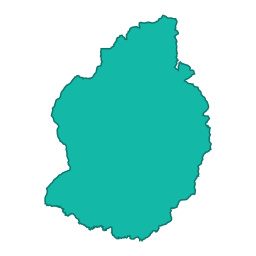 Retiro, Antioquia, Colombia
{"feature_id": "7082276B46774973153529", "entity_name": "Retiro", "entity_type": "district", "adm_level": 2, "iso_a3": "COL", "parent_name": "Colombia", "parent_adm1": "Antioquia", "projection": "orthographic", "projection_center": [-75.514, 6.06], "detail": "fine", "context": "isolated", "style": "filled", "palette": "teal", "viewbox_px": 256, "rotation_deg": 0, "n_neighbors": 0, "source": "geoboundaries", "source_scale": "gbopen_adm2", "svg_char_len": 5776}
<svg xmlns="http://www.w3.org/2000/svg" viewBox="0 0 256 256"><path d="M79.8,223.8L80.6,223.2L82.0,224.3L83.4,224.4L83.9,225.0L84.7,224.8L85.4,226.2L86.7,226.5L87.0,227.4L88.9,227.2L89.3,227.6L88.9,228.9L89.5,229.1L90.2,229.9L91.0,229.4L91.2,228.0L91.9,227.9L92.6,229.0L93.4,228.5L93.6,227.7L94.5,227.7L94.5,227.3L93.8,226.6L94.1,226.3L95.8,226.9L96.8,226.4L96.9,227.2L97.3,227.3L98.9,226.7L99.6,226.8L100.1,225.9L100.5,226.1L101.5,225.6L102.0,226.6L102.8,226.7L102.0,227.3L103.1,228.5L102.9,229.8L103.7,229.9L104.1,230.5L105.0,229.8L105.4,230.4L106.2,230.2L106.4,229.8L105.9,229.1L106.1,228.8L107.3,228.3L107.9,228.5L110.6,226.8L111.8,227.7L112.0,230.3L111.7,231.1L112.1,231.9L111.6,232.7L112.1,232.8L112.6,235.0L112.9,235.3L113.7,235.3L114.5,236.8L115.7,237.8L116.8,238.1L116.9,238.6L118.7,238.6L118.4,237.7L118.7,237.2L119.8,237.8L120.6,237.8L121.2,238.4L122.7,237.6L124.2,237.8L124.7,236.9L126.5,237.9L127.2,237.5L127.6,236.1L129.8,236.0L129.6,236.5L130.0,236.7L130.0,238.0L131.1,238.9L133.9,239.0L135.5,237.6L138.0,236.9L138.6,237.9L139.8,238.6L139.8,240.2L140.2,239.8L140.6,239.9L141.7,240.1L142.0,240.6L142.2,240.1L145.0,238.6L145.5,237.8L147.2,237.4L149.6,235.5L150.3,234.7L150.4,233.5L151.5,233.1L152.9,230.9L153.9,230.7L155.3,231.0L155.7,231.8L157.0,231.5L157.0,230.8L157.9,230.3L158.0,229.7L159.0,228.4L158.6,227.1L159.0,226.2L159.9,225.7L160.9,225.9L162.0,225.2L166.3,223.9L166.8,223.5L166.9,222.9L169.9,221.5L171.2,220.3L171.5,219.8L171.5,217.5L170.6,215.7L170.7,214.1L170.0,212.8L171.2,210.7L170.6,209.4L171.0,208.1L172.1,208.0L172.6,208.4L172.8,208.1L174.6,208.0L177.0,207.0L177.2,205.8L178.3,203.8L178.3,203.3L179.0,201.6L180.8,200.0L186.1,199.6L187.7,198.6L188.8,197.0L189.6,196.7L190.9,194.9L192.9,193.9L194.0,194.4L194.8,194.0L195.3,191.2L195.3,189.9L194.4,187.9L194.6,185.6L195.1,184.9L195.1,182.9L194.5,182.1L194.4,181.2L197.0,177.4L197.0,176.4L197.4,176.0L198.4,176.1L198.2,175.3L198.8,174.1L197.9,170.9L198.6,169.8L198.7,168.2L197.9,166.2L201.3,163.7L201.7,160.9L202.8,159.6L202.2,157.3L202.7,156.9L203.9,154.1L204.9,153.5L205.7,152.2L207.0,152.1L208.8,151.1L209.9,149.3L210.3,149.6L210.8,149.5L210.1,146.2L211.0,144.6L211.0,143.5L209.9,142.6L209.0,140.0L209.5,139.1L209.0,137.7L210.3,134.7L209.3,132.9L209.8,128.8L210.2,128.0L209.5,127.5L208.1,127.5L208.4,126.7L208.2,125.9L207.6,125.6L207.3,126.1L206.5,126.0L205.5,123.5L206.2,122.1L206.6,121.8L207.1,122.0L207.4,121.0L209.4,118.6L208.0,116.1L205.3,116.1L202.9,114.9L203.9,112.6L206.1,111.0L206.8,109.7L207.6,109.5L208.6,107.0L208.2,105.0L207.1,102.0L206.7,101.3L205.4,100.2L205.1,98.6L204.4,97.3L203.1,96.6L201.3,94.5L200.8,91.8L200.0,90.9L198.5,89.7L197.9,87.3L194.9,86.8L193.7,85.9L192.9,84.1L189.2,83.7L187.8,83.1L186.3,81.7L184.5,81.1L185.4,79.5L187.6,78.8L191.4,76.1L191.9,74.9L194.6,73.8L194.1,73.2L193.8,71.2L193.3,70.5L192.6,70.2L190.1,70.2L189.9,69.3L190.2,67.7L189.6,66.8L187.5,65.2L185.9,64.9L182.4,63.5L181.9,63.9L180.4,62.0L179.2,62.8L179.1,65.0L178.3,66.3L178.6,68.5L178.1,69.1L178.3,70.2L175.8,68.5L174.6,67.2L176.8,63.8L176.9,63.3L176.3,62.0L176.4,61.2L177.6,60.9L178.0,60.4L177.6,59.4L177.0,59.2L176.1,57.1L176.9,56.3L176.7,54.0L177.3,53.1L176.6,52.5L176.8,51.0L176.3,49.8L176.8,47.2L176.0,42.5L176.9,41.9L176.9,41.6L176.5,41.1L176.6,40.7L176.0,39.2L175.2,38.3L175.1,37.1L174.5,36.7L176.5,34.7L178.3,33.7L178.2,32.6L177.1,30.9L176.6,30.4L175.2,30.2L175.0,29.7L175.7,28.2L175.5,25.8L176.7,23.0L176.9,21.1L175.5,19.3L176.2,18.5L175.2,18.9L173.0,18.6L171.2,18.0L168.5,18.1L166.8,17.5L166.4,16.8L165.5,16.2L164.7,16.2L164.2,15.7L162.9,15.4L161.9,17.0L161.8,17.8L160.3,18.6L159.1,18.8L158.1,20.9L157.5,21.3L156.4,21.5L155.6,22.3L153.3,22.9L151.6,23.0L149.7,22.3L148.2,22.5L148.0,22.2L144.2,23.2L140.8,22.4L140.4,22.8L139.5,22.8L139.3,23.2L139.2,25.3L139.6,26.3L139.7,27.9L139.1,28.1L137.3,26.9L135.8,26.7L132.0,27.4L130.4,28.3L129.9,29.0L129.8,29.9L129.0,31.5L128.3,31.5L128.2,32.5L126.4,35.0L126.6,38.2L126.4,38.3L126.7,39.4L124.8,39.1L124.6,38.1L123.8,37.1L122.7,36.6L122.1,35.3L120.0,35.6L119.4,37.1L117.4,37.7L116.5,39.4L116.8,40.5L116.1,41.0L115.9,42.0L115.1,42.3L114.9,43.3L113.8,44.6L113.8,45.8L111.2,47.7L110.6,48.7L101.1,48.7L101.2,50.7L100.7,51.4L100.8,52.9L101.3,53.8L100.8,54.8L101.2,55.3L100.6,55.8L100.6,56.5L101.2,57.3L101.3,60.6L102.3,62.0L101.3,63.1L101.1,65.6L97.6,66.6L97.0,67.7L96.1,72.5L94.5,74.0L92.6,77.4L91.4,77.7L90.1,78.7L89.6,78.2L88.3,78.6L85.6,78.1L83.8,78.3L83.3,78.7L83.3,78.1L82.8,77.7L80.3,77.3L79.4,76.9L78.9,75.9L77.1,75.7L76.1,76.9L74.9,77.0L74.4,78.1L72.9,79.5L72.3,80.7L71.5,81.3L71.3,82.2L70.0,83.6L66.3,85.5L65.9,86.5L64.5,87.6L64.0,88.9L61.4,92.3L60.7,94.5L60.4,96.9L59.0,98.6L57.3,99.2L56.1,100.2L54.3,106.6L52.5,108.2L52.9,109.8L51.4,115.7L53.2,117.7L54.2,121.5L57.6,124.2L58.7,126.1L58.7,127.1L57.4,129.1L57.2,130.1L57.4,134.0L58.1,137.0L59.7,139.6L60.1,141.2L61.3,141.7L63.6,144.1L65.2,144.4L66.3,146.1L66.5,147.5L66.1,149.6L66.9,151.6L67.0,156.0L68.8,160.6L68.0,162.5L68.4,163.5L68.4,164.5L70.0,166.5L70.4,167.6L69.7,170.1L63.0,172.8L60.8,174.6L59.2,175.1L57.2,177.4L54.2,179.6L52.3,182.6L50.8,183.8L48.2,187.0L46.6,188.4L47.4,190.9L46.9,194.0L45.2,197.3L45.0,200.6L45.4,203.1L45.2,203.6L45.7,203.6L45.8,203.9L46.6,204.4L46.9,205.4L47.5,205.1L48.2,205.5L48.7,205.1L50.6,205.3L51.3,206.1L52.4,206.4L53.5,205.8L54.9,206.2L56.0,205.7L56.7,206.4L57.7,206.1L57.9,206.7L58.7,206.5L59.0,207.3L59.8,207.3L60.1,206.8L60.2,207.2L61.0,207.4L61.8,208.6L63.6,208.7L63.8,209.1L62.9,209.8L62.8,210.5L63.1,210.8L62.8,211.6L63.6,212.0L64.0,212.8L65.3,212.6L65.2,213.8L65.6,214.0L65.2,215.0L65.5,215.2L66.2,215.0L67.9,216.0L68.5,215.2L69.8,214.9L70.7,213.7L71.3,213.6L71.8,214.0L72.4,213.7L73.3,213.9L75.3,216.0L75.6,217.2L76.4,218.1L78.6,219.3L78.7,220.4L79.3,221.0L79.4,221.5L78.5,222.7L79.8,223.8Z" fill="#14b8a6" stroke="#0f766e" stroke-width="1.5"/></svg>